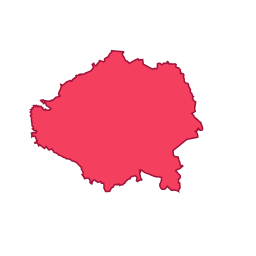 San Marcos, Sucre, Colombia, rotated 317°
{"feature_id": "7082276B33104783866993", "entity_name": "San Marcos", "entity_type": "district", "adm_level": 2, "iso_a3": "COL", "parent_name": "Colombia", "parent_adm1": "Sucre", "projection": "robinson", "projection_center": [-75.194, 8.569], "detail": "fine", "context": "isolated", "style": "filled", "palette": "rose", "viewbox_px": 256, "rotation_deg": 317, "n_neighbors": 0, "source": "geoboundaries", "source_scale": "gbopen_adm2", "svg_char_len": 5647}
<svg xmlns="http://www.w3.org/2000/svg" viewBox="0 0 256 256"><g transform="rotate(317 128 128)"><path d="M197.2,149.7L197.1,149.1L197.2,148.3L197.9,146.9L198.1,146.3L198.1,144.3L199.9,142.4L200.6,139.7L201.1,138.4L201.8,137.5L202.0,137.1L202.0,136.5L201.9,136.0L201.1,134.9L200.9,134.1L200.8,132.9L201.1,132.0L202.4,130.6L203.5,128.4L204.9,127.4L205.3,126.8L205.3,125.9L204.5,124.8L204.3,124.1L203.8,124.2L203.5,124.1L203.6,123.9L204.3,123.6L205.9,121.1L206.0,120.6L206.0,119.2L205.8,118.2L204.8,116.6L204.7,116.0L205.0,115.5L205.6,114.9L206.4,114.5L206.4,113.9L206.2,113.4L205.6,112.8L204.1,111.5L203.4,110.6L202.4,109.8L201.8,109.1L201.7,109.0L202.4,107.7L202.2,106.3L202.0,106.2L200.8,107.2L198.5,105.3L198.3,105.0L196.9,105.0L196.5,105.1L196.1,105.0L195.8,104.4L195.5,102.6L194.7,101.7L193.4,101.1L191.6,102.8L191.5,103.1L190.2,103.9L189.6,104.5L188.8,103.4L188.0,102.9L187.9,102.3L186.3,102.1L185.5,99.8L185.5,100.1L182.7,91.7L185.4,87.9L183.8,86.9L183.6,86.4L182.2,85.7L182.5,84.2L179.2,83.1L172.9,81.6L173.2,80.5L173.2,79.9L172.7,79.2L172.9,78.8L173.0,78.3L172.3,77.5L172.2,77.1L172.5,75.7L173.3,74.0L173.5,71.9L174.3,69.9L174.8,69.6L176.2,69.8L176.7,69.2L168.7,60.3L168.0,61.2L167.4,61.3L165.8,61.3L163.8,61.7L163.0,62.0L162.3,62.4L162.3,62.6L162.0,62.6L161.7,62.3L159.7,61.7L158.5,61.5L157.8,61.6L157.6,61.7L157.4,62.5L157.0,62.9L155.7,63.1L155.1,62.7L154.9,62.0L154.0,61.0L153.6,59.8L153.1,59.2L152.7,59.4L152.5,59.8L150.9,60.1L149.2,60.1L147.7,60.8L147.0,60.6L146.6,59.6L146.6,59.0L146.8,57.9L147.1,57.4L146.5,57.3L146.4,57.4L146.2,57.2L145.2,57.1L144.1,60.2L141.3,60.7L139.6,60.9L134.2,58.8L132.3,58.5L130.7,56.8L129.0,55.7L129.0,56.6L126.8,55.1L126.1,54.2L125.6,54.2L125.5,54.6L124.9,55.4L124.0,55.4L123.6,55.1L123.1,55.0L122.6,55.3L122.2,55.0L121.9,55.1L121.5,54.8L121.0,55.0L120.4,54.8L119.8,55.2L119.4,55.2L119.2,55.4L118.8,55.4L118.5,55.2L118.4,54.0L114.5,52.4L109.8,52.4L109.2,52.1L109.1,51.5L108.5,50.3L107.8,51.8L106.0,53.1L104.8,53.6L104.0,54.1L103.2,54.1L100.7,55.6L100.3,55.9L100.2,58.2L99.6,58.2L98.6,57.4L97.2,57.1L96.3,56.4L91.9,56.4L91.6,56.3L91.6,56.1L90.1,55.5L90.2,55.4L89.4,55.3L89.5,55.1L88.9,54.8L88.4,54.3L87.9,54.0L85.8,51.3L85.4,50.7L85.3,49.9L84.0,48.7L82.9,48.3L82.9,49.9L83.1,50.7L83.1,52.8L84.6,52.3L84.8,53.4L84.2,54.9L83.7,55.8L84.4,58.4L84.9,61.3L84.4,61.4L84.2,61.0L83.8,61.4L82.9,61.5L82.7,61.0L81.3,60.1L80.8,59.4L80.3,59.0L80.2,58.8L80.5,58.1L80.4,57.8L79.2,58.0L79.1,57.8L78.8,57.1L78.7,55.8L78.8,55.4L79.4,55.2L79.0,54.1L79.1,52.8L78.1,52.2L77.6,51.1L77.1,51.2L77.2,50.7L76.6,50.8L76.4,49.2L75.9,49.5L75.6,49.5L75.3,48.1L74.1,47.1L72.8,48.7L71.6,47.9L70.3,48.8L69.4,48.2L69.3,49.5L67.3,49.7L67.2,52.1L65.0,52.4L64.4,55.1L63.6,55.4L63.3,55.7L61.7,57.9L61.1,59.0L59.4,60.9L59.2,62.7L58.5,63.9L57.6,63.5L57.6,65.4L58.4,66.4L59.1,67.9L58.9,68.2L57.2,68.7L57.3,68.2L57.0,68.2L56.2,67.0L55.6,67.0L55.2,66.5L53.9,65.9L53.4,66.7L53.8,66.8L52.6,68.4L52.3,68.2L51.7,68.8L52.5,68.9L52.8,69.5L53.6,69.8L54.3,70.6L54.3,71.5L54.0,71.6L53.7,72.3L53.4,73.6L52.9,74.8L53.1,74.9L52.8,75.6L52.0,75.3L51.8,76.0L49.8,75.2L49.6,75.8L51.6,76.9L50.6,80.2L52.0,79.9L52.5,83.5L53.0,86.0L55.5,85.7L55.2,87.8L55.2,90.1L55.6,90.4L58.1,91.6L57.3,95.3L58.5,97.4L58.9,98.7L58.8,100.5L59.3,101.1L60.4,103.6L60.8,105.5L61.7,106.6L61.8,108.3L62.9,109.3L63.3,110.1L64.2,111.1L64.4,111.6L64.5,113.4L64.9,114.3L65.9,115.7L66.8,118.1L66.9,123.4L67.1,124.5L66.9,124.8L67.0,125.1L66.9,125.4L66.1,125.9L65.8,126.4L65.2,129.4L63.6,131.2L62.9,131.1L62.6,130.9L62.4,133.6L62.2,133.6L61.7,135.5L62.4,136.0L63.1,136.2L64.3,137.0L65.0,138.1L64.5,140.7L63.8,141.2L63.3,141.8L63.5,142.2L64.0,141.9L64.2,142.5L63.6,142.9L63.4,143.7L63.2,143.5L63.3,144.1L66.7,142.6L67.2,142.6L67.8,142.9L68.1,143.5L68.8,147.0L71.5,148.7L71.6,149.2L70.9,150.2L72.5,151.9L71.4,153.6L69.4,155.6L68.3,159.2L71.4,161.9L72.3,161.4L72.8,161.4L73.5,161.0L74.9,160.6L75.4,160.6L76.6,161.1L77.5,160.9L78.9,160.3L79.8,160.5L80.3,160.8L81.3,161.9L82.5,162.3L82.3,162.4L82.8,162.5L82.7,164.3L84.0,164.7L84.9,165.6L85.3,165.8L85.7,165.9L86.4,165.7L87.7,166.1L88.2,166.1L88.5,166.0L88.5,165.8L90.6,165.5L93.0,165.7L94.0,165.8L94.9,166.6L95.8,165.9L96.1,165.8L96.5,165.8L97.9,166.3L98.5,166.3L99.2,167.0L100.9,168.0L100.9,170.7L99.6,171.3L98.2,172.3L98.5,173.7L100.0,173.8L101.6,174.3L102.4,175.4L103.0,174.9L102.7,174.2L102.8,173.8L105.7,169.0L106.2,168.6L106.9,168.8L107.5,168.4L107.3,167.5L107.5,166.7L108.1,167.1L108.9,167.2L109.2,168.4L109.5,170.3L110.1,172.5L112.1,176.3L112.8,178.1L114.9,182.4L117.0,184.5L118.8,186.9L116.9,188.9L115.8,189.7L113.4,190.6L112.5,191.3L111.8,192.1L111.2,193.6L111.0,195.4L111.8,196.8L112.5,197.4L113.2,197.7L114.7,197.9L117.1,197.3L117.0,200.5L117.3,203.1L117.6,203.6L118.9,204.4L120.2,205.8L121.6,208.1L121.8,208.9L122.1,208.4L122.8,207.8L123.8,207.5L125.1,207.4L128.4,203.4L127.5,202.5L130.0,199.9L131.1,200.3L132.7,199.6L133.7,198.4L133.7,191.7L134.4,191.6L135.7,192.2L136.3,192.0L137.5,192.9L138.5,193.1L142.1,193.2L142.1,192.3L140.6,191.2L142.8,187.9L142.9,187.6L142.9,186.7L144.8,183.5L144.5,182.9L142.7,180.7L142.6,179.1L144.0,177.1L144.6,176.4L145.5,175.2L163.2,176.4L172.7,182.3L173.8,181.2L174.7,179.4L175.1,178.2L175.2,177.1L174.8,176.5L175.1,176.3L175.4,176.3L176.2,176.8L177.1,177.3L177.7,177.1L177.8,176.4L177.6,176.3L177.9,176.1L179.1,175.9L179.3,176.3L179.0,178.2L179.3,178.9L179.9,179.6L180.4,179.6L180.8,180.0L181.6,179.8L182.5,178.9L183.7,176.6L184.0,175.0L184.9,174.0L184.6,171.8L184.4,168.1L184.2,168.1L184.0,164.9L184.4,164.0L184.5,163.4L184.5,162.1L184.7,161.4L184.6,160.8L188.5,161.7L189.9,159.3L195.3,155.1L194.8,153.7L194.9,151.5L196.1,149.6L197.2,149.7Z" fill="#f43f5e" stroke="#9f1239" stroke-width="1.5"/></g></svg>